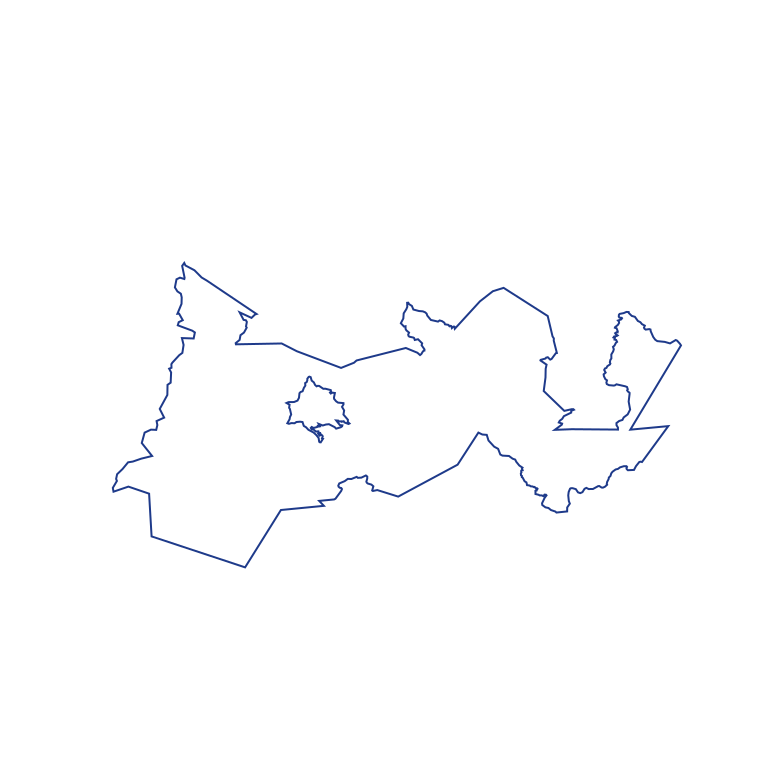 Santiago Lachiguiri, Oaxaca, Mexico, rotated 69°
{"feature_id": "50627088B82456148735878", "entity_name": "Santiago Lachiguiri", "entity_type": "district", "adm_level": 2, "iso_a3": "MEX", "parent_name": "Mexico", "parent_adm1": "Oaxaca", "projection": "natural_earth1", "projection_center": [-95.518, 16.79], "detail": "fine", "context": "isolated", "style": "outline", "palette": "blue", "viewbox_px": 768, "rotation_deg": 69, "n_neighbors": 0, "source": "geoboundaries", "source_scale": "gbopen_adm2", "svg_char_len": 6150}
<svg xmlns="http://www.w3.org/2000/svg" viewBox="0 0 768 768"><g transform="rotate(69 384 384)"><path d="M441.7,162.6L442.6,164.0L444.7,165.4L446.0,165.3L446.7,166.0L447.4,169.1L448.7,170.6L448.7,172.2L449.8,173.4L452.8,173.0L453.7,175.5L455.6,175.9L458.8,175.6L460.5,174.5L462.4,175.9L463.9,176.0L465.7,174.4L467.8,170.1L468.0,169.0L467.6,167.1L472.6,159.6L473.9,158.2L476.3,158.3L477.0,159.3L478.4,159.0L480.1,157.9L481.1,158.2L488.1,161.9L496.1,163.4L499.7,167.4L501.1,172.2L503.0,174.3L502.8,177.7L503.8,181.0L505.8,181.7L508.5,181.2L510.4,181.9L493.5,224.9L488.0,241.0L485.7,232.6L484.8,231.9L482.6,234.6L481.3,233.1L480.4,230.1L478.5,227.6L477.8,219.5L476.1,218.8L476.1,215.9L475.4,216.2L474.8,217.7L473.7,225.3L447.8,237.4L435.8,230.9L427.7,227.6L424.2,225.3L418.1,229.5L417.6,229.1L418.1,224.1L417.5,223.2L417.7,221.5L420.8,220.1L420.7,218.6L416.8,212.5L417.0,211.5L404.4,210.0L402.3,209.1L400.0,209.6L379.2,206.8L337.1,237.9L336.4,249.1L341.2,264.8L357.8,298.1L355.8,297.7L355.4,298.1L355.3,298.9L356.1,300.6L354.0,300.5L353.3,301.5L353.5,302.2L351.8,302.8L350.1,305.7L348.4,305.7L346.1,307.3L344.6,309.3L345.1,311.2L341.0,317.3L335.6,319.1L333.6,319.0L331.8,319.9L330.1,321.7L328.4,325.2L325.0,329.9L321.1,330.0L318.4,332.0L316.8,332.2L316.5,333.3L320.3,334.6L322.2,336.4L325.1,340.3L329.8,342.5L333.3,346.5L337.6,344.7L337.8,343.2L340.2,344.1L341.9,343.9L345.0,342.2L346.5,343.7L347.8,343.9L348.9,343.4L351.2,339.9L351.9,339.4L353.9,339.5L354.4,336.2L359.7,333.8L361.3,335.0L366.2,333.8L367.3,334.3L367.1,335.1L367.9,336.5L369.4,338.4L369.9,340.0L366.8,341.6L358.2,350.7L352.2,401.2L353.4,404.4L353.6,418.3L322.2,453.6L309.5,465.0L293.9,508.0L292.7,507.8L291.1,503.0L287.0,500.5L285.8,496.3L282.2,492.0L280.8,492.2L276.9,489.8L275.0,490.1L273.8,492.1L265.4,493.1L274.8,484.0L272.9,479.5L273.0,477.9L223.9,512.4L219.2,516.1L209.9,520.2L202.2,526.9L199.4,527.1L201.4,530.1L213.4,532.1L214.4,532.8L211.6,536.4L211.9,540.2L218.9,544.6L223.5,543.7L226.9,541.3L230.6,541.8L236.6,544.3L244.4,551.7L244.9,550.1L252.3,549.0L252.7,553.5L255.3,555.5L265.5,543.9L268.1,542.1L273.3,545.4L268.7,556.2L275.7,557.1L282.7,561.1L283.7,564.8L288.2,573.9L289.3,575.4L292.7,576.6L292.7,579.1L296.9,578.6L306.3,582.7L307.2,586.4L316.6,590.2L326.9,602.3L336.6,601.3L337.1,609.6L341.1,610.3L345.2,613.1L343.1,617.9L343.6,624.9L352.3,631.3L368.1,626.3L366.7,637.4L366.4,646.3L365.4,651.0L369.7,658.6L372.6,665.5L376.6,668.1L378.8,668.1L383.8,674.4L387.6,675.1L388.2,659.4L402.2,642.6L443.0,655.6L505.4,579.4L464.7,525.4L476.2,483.8L469.9,486.4L473.9,471.9L473.7,470.4L468.5,462.3L467.0,460.9L465.8,461.2L465.0,462.5L463.6,463.2L462.5,463.1L460.8,461.4L460.6,455.5L459.6,451.8L461.0,448.5L460.9,442.8L462.2,442.1L463.3,438.7L462.9,433.7L464.4,432.8L466.2,433.5L468.9,435.5L470.0,435.4L471.1,434.8L473.4,431.8L475.7,430.6L479.2,433.2L479.9,432.7L480.6,428.3L494.2,411.1L485.7,344.2L463.2,313.3L466.4,310.3L468.3,306.3L474.2,306.7L482.0,303.6L485.4,300.7L491.5,300.7L493.3,299.1L496.0,293.1L499.8,290.7L501.6,288.6L504.0,288.4L508.6,286.9L511.7,284.7L512.1,285.4L514.1,285.5L513.8,286.4L514.4,287.2L515.7,287.3L516.5,288.3L518.4,288.8L519.2,288.2L520.4,288.7L521.1,288.1L525.2,287.6L526.9,286.3L529.7,286.7L530.9,284.5L532.1,283.7L532.9,282.0L534.1,280.9L534.1,280.3L535.5,279.7L536.3,278.4L536.8,278.2L537.3,278.7L537.1,279.6L538.1,279.8L538.0,280.9L541.0,282.0L542.8,279.4L543.8,278.6L544.5,276.7L545.8,275.4L544.8,273.8L545.4,272.5L546.2,272.2L547.9,274.9L552.0,279.2L553.7,279.6L557.0,277.5L558.7,274.9L561.5,273.3L564.5,269.7L565.8,269.1L568.6,258.7L564.9,257.2L562.3,253.4L559.5,253.4L554.0,251.9L551.0,250.3L548.4,247.8L548.3,246.8L548.9,245.2L550.9,242.6L554.7,241.7L556.2,239.9L556.1,237.5L553.7,234.3L553.5,232.3L555.4,230.6L556.9,226.6L556.1,220.7L556.4,219.6L558.6,218.0L559.2,216.8L559.1,214.6L558.0,211.8L557.2,211.9L555.3,210.7L553.3,208.4L551.9,207.6L551.0,205.5L548.9,203.9L547.8,202.1L546.8,198.4L547.1,196.0L546.4,193.5L546.7,189.5L547.6,187.1L548.5,186.8L549.4,187.8L550.5,187.9L551.9,187.2L553.8,181.4L551.0,178.2L548.3,173.6L548.5,172.2L549.3,171.1L525.2,133.7L514.9,170.4L454.4,92.9L452.5,93.3L448.6,94.8L447.5,95.9L448.6,102.4L445.3,106.8L441.9,113.5L439.9,114.9L436.6,115.8L430.3,116.1L428.6,115.7L427.8,116.7L427.0,120.2L425.8,121.0L424.6,121.1L423.0,119.6L420.6,121.7L418.2,122.5L416.1,124.4L411.2,125.7L409.2,128.3L405.5,130.0L404.5,129.8L403.6,131.8L403.7,134.9L403.0,138.9L403.6,139.9L405.3,140.7L406.4,140.4L407.4,138.4L407.9,138.2L408.7,139.4L408.6,142.8L409.9,142.3L411.2,142.6L412.6,144.4L413.8,148.0L414.2,148.3L415.4,146.9L418.7,146.9L419.5,147.4L419.0,148.2L419.4,150.0L420.4,149.8L422.4,148.5L422.6,149.7L422.1,152.1L422.8,153.1L423.8,152.0L425.1,152.9L426.1,151.5L428.2,151.3L428.7,152.8L430.7,155.0L431.4,156.9L433.9,157.0L435.7,158.4L437.9,161.2L441.7,162.6ZM384.9,433.6L387.3,428.7L388.5,429.1L390.3,431.4L394.4,430.7L398.0,432.8L404.5,430.5L406.4,431.4L408.5,430.4L408.6,431.5L405.7,434.7L404.3,435.0L404.1,436.9L403.7,436.9L402.9,439.3L401.8,439.8L400.9,441.7L406.6,439.9L407.7,437.7L408.5,438.3L408.9,439.8L408.5,444.7L406.6,445.5L401.8,449.8L401.0,452.8L400.8,456.0L397.8,459.3L400.6,458.9L400.4,460.2L399.4,461.0L400.2,461.9L399.8,465.5L398.2,466.9L398.8,468.1L400.3,467.7L401.4,466.0L404.0,464.6L404.7,462.2L405.8,462.3L406.5,463.2L407.2,462.7L407.9,463.1L408.8,462.6L409.2,463.5L409.0,461.8L408.0,462.2L406.1,461.1L408.0,461.2L410.1,460.0L411.0,460.0L412.6,461.4L413.3,460.6L415.8,464.0L415.5,464.7L414.7,465.2L411.0,464.4L407.4,465.5L404.1,467.1L399.6,471.0L396.4,472.3L394.4,473.9L390.3,473.7L389.1,475.9L388.1,479.4L388.6,481.5L387.3,484.5L387.1,487.0L386.0,488.3L383.0,484.7L381.2,483.7L379.2,481.6L373.6,480.8L372.2,481.1L369.5,479.6L366.8,481.8L366.7,479.6L368.6,474.4L368.5,470.7L366.4,468.3L362.3,466.2L361.6,464.8L361.6,462.6L358.9,460.2L357.3,458.0L354.9,457.3L354.5,455.5L353.0,454.2L351.6,453.7L350.4,451.8L350.4,451.0L351.3,450.0L354.9,450.3L357.4,448.9L360.1,448.7L362.0,447.8L362.0,446.4L362.6,445.2L366.7,442.4L367.4,440.4L370.6,435.9L372.0,436.1L372.6,437.5L373.8,437.1L373.6,435.2L374.8,433.1L378.8,435.6L380.0,435.9L383.0,434.9L384.9,433.6Z" fill="none" stroke="#1e3a8a" stroke-width="2"/></g></svg>